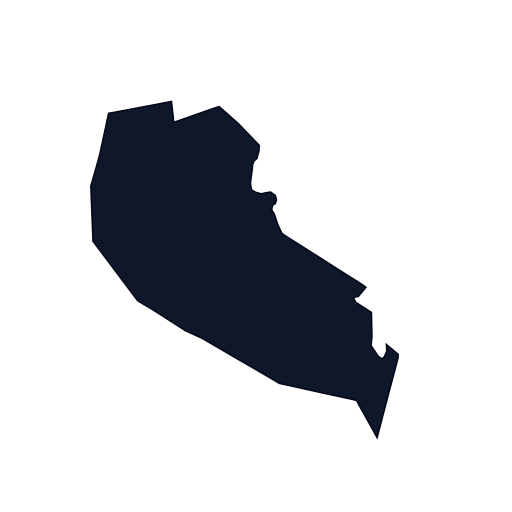 the district of Gravatá, Pernambuco, Brazil, rotated 304°
{"feature_id": "56859067B88428954360923", "entity_name": "Gravatá", "entity_type": "district", "adm_level": 2, "iso_a3": "BRA", "parent_name": "Brazil", "parent_adm1": "Pernambuco", "projection": "equal_earth", "projection_center": [-35.541, -8.216], "detail": "fine", "context": "isolated", "style": "filled", "palette": "ink", "viewbox_px": 512, "rotation_deg": 304, "n_neighbors": 0, "source": "geoboundaries", "source_scale": "gbopen_adm2", "svg_char_len": 1125}
<svg xmlns="http://www.w3.org/2000/svg" viewBox="0 0 512 512"><g transform="rotate(304 256 256)"><path d="M291.6,364.7L291.7,357.7L291.2,342.8L290.8,329.0L290.5,314.8L289.5,280.5L289.2,270.0L289.2,265.2L290.9,262.0L293.8,257.2L296.8,253.2L299.0,250.4L301.3,247.3L302.9,243.3L307.2,241.4L310.5,242.7L314.1,241.5L317.0,238.2L317.2,232.3L313.7,228.5L310.5,225.6L308.6,219.9L308.4,215.6L310.5,213.1L313.6,210.5L327.0,203.8L330.0,202.0L333.6,201.3L337.3,202.2L344.6,199.8L349.6,196.8L350.8,190.9L354.4,174.4L355.9,167.3L359.3,141.8L352.2,136.4L320.9,113.1L336.9,99.5L304.2,66.6L291.9,54.0L252.7,69.7L246.6,71.8L221.5,80.0L181.6,109.3L177.1,112.5L152.7,183.0L153.1,190.4L153.7,200.2L154.6,239.7L157.6,257.2L158.5,271.2L160.5,301.7L161.3,313.0L162.7,334.1L163.4,346.5L178.9,385.8L180.2,389.2L191.0,416.1L192.4,420.1L189.5,425.7L187.8,429.1L182.8,439.0L173.1,458.0L179.4,455.8L220.3,441.4L224.5,440.0L250.9,430.8L254.0,428.9L255.6,413.5L250.3,417.6L244.7,418.7L241.2,418.1L241.2,413.5L246.1,401.5L254.1,397.2L273.8,383.2L273.4,364.7L275.9,360.0L279.9,363.5L291.6,364.7Z" fill="#0f172a" stroke="#020617" stroke-width="1.5"/></g></svg>